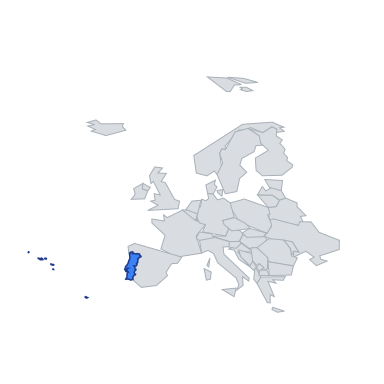 Portugal on a map of Europe (Robinson projection), rotated 8°
{"feature_id": "PRT", "entity_name": "Portugal", "entity_type": "country or territory", "adm_level": 0, "iso_a3": "PRT", "parent_name": "Europe", "parent_adm1": "", "projection": "robinson", "projection_center": [-13.235, 37.393], "detail": "fine", "context": "in_parent", "style": "filled", "palette": "blue", "viewbox_px": 384, "rotation_deg": 8, "n_neighbors": 37, "source": "natural_earth", "source_scale": "50m", "svg_char_len": 10405}
<svg xmlns="http://www.w3.org/2000/svg" viewBox="0 0 384 384"><g transform="rotate(8 192 192)"><path d="M191.2,75.9L210.5,74.3L226.1,78.7L219.0,80.3L215.8,87.4L212.0,87.6L191.2,75.9ZM274.9,119.1L266.9,121.4L267.2,118.1L262.1,116.3L253.9,123.4L240.6,120.0L237.0,124.5L230.1,123.8L218.4,141.7L219.2,145.3L215.5,145.2L214.0,149.9L218.3,164.8L214.4,171.2L211.3,168.1L204.5,174.0L193.6,172.6L188.7,155.6L232.7,117.9L261.7,111.7L273.9,115.0L269.9,116.2L274.9,119.1ZM241.9,74.3L229.9,76.9L211.2,73.4L227.3,72.3L241.9,74.3ZM238.0,83.2L231.8,84.9L225.8,83.9L227.5,82.9L225.1,81.6L231.2,80.7L238.0,83.2Z" fill="#d9dde1" stroke="#a8b0b8" stroke-width="1"/><path d="M185.1,211.2L209.8,222.5L202.3,234.8L210.0,251.2L185.9,258.6L169.1,252.7L171.4,238.7L156.6,228.2L156.0,224.3L168.7,224.5L167.0,218.5L171.1,220.8L185.1,211.2ZM217.0,262.7L218.9,254.9L219.1,263.8L217.0,262.7Z" fill="#d9dde1" stroke="#a8b0b8" stroke-width="1"/><path d="M214.4,171.2L218.4,159.0L214.0,149.9L215.5,145.2L219.2,145.3L226.4,126.4L238.8,121.2L250.7,126.8L254.9,135.9L249.0,137.2L247.8,143.5L236.7,151.8L235.6,158.7L243.5,164.9L237.3,171.9L236.3,185.3L225.2,189.1L214.4,171.2Z" fill="#d9dde1" stroke="#a8b0b8" stroke-width="1"/><path d="M285.6,185.0L297.4,188.1L298.1,191.9L308.1,199.6L302.8,201.1L306.2,206.2L302.2,210.3L272.5,209.0L269.6,196.7L277.5,194.7L279.7,187.8L285.6,185.0Z" fill="#d9dde1" stroke="#a8b0b8" stroke-width="1"/><path d="M328.6,240.6L335.4,241.6L325.3,247.6L317.9,242.4L322.1,239.5L312.8,234.9L301.5,242.5L301.0,236.4L306.0,236.5L298.2,227.4L282.4,229.4L269.8,225.7L275.5,215.0L272.5,209.0L276.4,207.3L302.2,210.3L302.7,206.5L314.0,205.0L323.4,214.2L344.7,219.4L345.8,228.5L327.5,237.3L328.6,240.6Z" fill="#d9dde1" stroke="#a8b0b8" stroke-width="1"/><path d="M269.6,196.7L272.3,203.1L270.1,204.2L275.6,213.6L272.1,222.5L242.9,215.0L231.9,201.6L231.4,197.5L244.7,191.7L269.6,196.7Z" fill="#d9dde1" stroke="#a8b0b8" stroke-width="1"/><path d="M248.3,227.3L245.3,235.1L239.6,236.4L216.9,232.8L231.5,230.9L233.3,223.3L245.7,223.8L248.3,227.3Z" fill="#d9dde1" stroke="#a8b0b8" stroke-width="1"/><path d="M269.8,225.7L273.0,228.6L267.3,237.0L256.7,240.0L246.0,234.2L248.3,227.3L269.8,225.7Z" fill="#d9dde1" stroke="#a8b0b8" stroke-width="1"/><path d="M289.3,226.8L298.2,227.4L306.0,236.5L301.0,236.4L299.4,241.5L297.4,234.4L289.3,226.8Z" fill="#d9dde1" stroke="#a8b0b8" stroke-width="1"/><path d="M299.4,241.5L305.5,242.5L302.7,251.1L277.9,250.5L264.0,238.1L274.6,227.5L289.3,226.8L297.4,234.4L299.4,241.5Z" fill="#d9dde1" stroke="#a8b0b8" stroke-width="1"/><path d="M279.7,187.8L277.5,194.7L269.6,196.7L257.2,185.7L272.0,183.9L279.7,187.8Z" fill="#d9dde1" stroke="#a8b0b8" stroke-width="1"/><path d="M280.2,178.3L285.6,185.0L279.7,187.8L272.0,183.9L257.2,185.7L260.9,176.8L265.0,180.7L271.1,175.7L280.2,178.3Z" fill="#d9dde1" stroke="#a8b0b8" stroke-width="1"/><path d="M280.0,168.0L280.2,178.3L268.0,176.6L262.3,169.5L280.0,168.0Z" fill="#d9dde1" stroke="#a8b0b8" stroke-width="1"/><path d="M231.4,197.5L237.5,211.4L226.5,215.9L233.3,223.3L231.5,230.9L208.0,230.0L209.8,222.5L203.6,221.5L200.5,216.6L199.2,207.5L202.5,205.5L202.7,197.8L207.0,198.7L209.4,196.1L207.6,191.1L213.3,191.0L218.2,196.2L224.2,193.7L231.4,197.5Z" fill="#d9dde1" stroke="#a8b0b8" stroke-width="1"/><path d="M276.3,248.3L277.9,250.5L302.7,251.1L301.9,260.4L280.2,264.0L276.3,248.3Z" fill="#d9dde1" stroke="#a8b0b8" stroke-width="1"/><path d="M300.1,297.1L293.3,299.2L287.5,297.2L288.0,294.9L300.1,297.1ZM272.0,266.7L296.2,262.8L294.5,266.8L284.2,267.6L287.8,270.6L279.7,269.9L288.0,284.2L283.7,282.7L284.9,290.9L281.9,291.0L269.1,273.4L272.0,266.7Z" fill="#d9dde1" stroke="#a8b0b8" stroke-width="1"/><path d="M272.0,266.7L269.1,273.4L265.3,269.9L264.8,256.7L272.0,266.7Z" fill="#d9dde1" stroke="#a8b0b8" stroke-width="1"/><path d="M247.8,236.0L261.2,242.8L245.7,245.1L259.3,257.8L247.8,252.2L241.8,243.7L236.3,243.4L247.8,236.0Z" fill="#d9dde1" stroke="#a8b0b8" stroke-width="1"/><path d="M217.1,230.6L221.1,236.1L208.2,239.9L202.5,237.3L204.9,230.5L217.1,230.6Z" fill="#d9dde1" stroke="#a8b0b8" stroke-width="1"/><path d="M199.4,216.8L201.5,220.1L199.3,219.8L199.4,216.8Z" fill="#d9dde1" stroke="#a8b0b8" stroke-width="1"/><path d="M200.6,213.0L199.3,219.8L185.1,211.2L195.2,209.5L200.6,213.0Z" fill="#d9dde1" stroke="#a8b0b8" stroke-width="1"/><path d="M202.0,198.9L200.6,213.0L188.4,210.2L193.2,201.0L202.0,198.9Z" fill="#d9dde1" stroke="#a8b0b8" stroke-width="1"/><path d="M145.5,287.2L145.0,273.3L149.7,263.8L141.3,258.9L137.9,261.1L136.2,254.8L142.3,250.9L190.9,257.9L187.5,264.6L181.8,265.8L177.5,275.1L179.4,278.2L169.7,289.6L155.1,293.5L145.5,287.2Z" fill="#d9dde1" stroke="#a8b0b8" stroke-width="1"/><path d="M148.1,196.9L146.0,205.4L132.8,207.7L136.1,202.2L133.8,196.8L142.2,190.3L142.4,195.9L148.1,196.9Z" fill="#d9dde1" stroke="#a8b0b8" stroke-width="1"/><path d="M221.2,233.9L235.9,236.0L237.2,240.9L230.4,242.1L232.3,249.1L260.6,269.4L260.6,272.3L253.8,268.9L255.6,277.3L250.1,282.8L251.3,277.0L247.6,271.0L227.3,258.5L222.0,250.0L216.0,247.6L210.0,251.2L206.2,238.8L221.2,233.9ZM235.5,284.4L249.1,281.0L248.2,289.8L235.5,284.4ZM214.6,266.1L222.2,268.6L222.3,275.8L218.5,277.3L214.6,266.1Z" fill="#d9dde1" stroke="#a8b0b8" stroke-width="1"/><path d="M213.3,191.0L207.6,191.1L204.7,183.1L213.6,177.0L213.0,181.3L216.0,183.5L213.3,191.0ZM222.2,185.3L222.2,192.0L217.5,189.1L216.6,187.0L222.2,185.3Z" fill="#d9dde1" stroke="#a8b0b8" stroke-width="1"/><path d="M148.1,196.9L142.4,195.9L142.2,190.3L150.1,193.3L148.1,196.9ZM160.9,199.3L152.3,186.9L150.2,189.4L147.6,181.8L151.6,172.4L159.5,172.3L155.6,177.9L164.0,177.2L160.0,186.0L164.2,186.3L175.8,201.8L180.9,202.8L180.6,210.5L150.7,216.4L160.2,209.8L152.4,206.8L156.6,205.2L154.8,198.9L160.9,199.3Z" fill="#d9dde1" stroke="#a8b0b8" stroke-width="1"/><path d="M114.6,133.8L113.8,136.8L117.9,140.0L98.9,148.1L83.7,145.8L87.5,143.6L79.6,141.2L86.2,138.8L78.6,137.7L86.9,134.0L92.4,137.2L114.6,133.8Z" fill="#d9dde1" stroke="#a8b0b8" stroke-width="1"/><path d="M235.9,236.0L246.0,234.2L247.8,236.0L243.3,241.7L236.3,241.4L235.9,236.0Z" fill="#d9dde1" stroke="#a8b0b8" stroke-width="1"/><path d="M267.2,118.1L267.6,124.7L274.2,127.9L272.1,131.4L278.3,136.8L277.3,140.9L281.9,144.6L281.4,147.8L288.1,151.2L287.6,153.7L278.8,162.9L259.6,166.1L252.5,161.8L250.0,149.6L261.8,140.1L253.1,134.0L250.7,126.8L238.8,121.2L253.9,123.4L262.1,116.3L267.2,118.1Z" fill="#d9dde1" stroke="#a8b0b8" stroke-width="1"/><path d="M271.2,222.2L269.0,226.3L252.4,229.3L247.6,225.5L253.8,220.0L271.2,222.2Z" fill="#d9dde1" stroke="#a8b0b8" stroke-width="1"/><path d="M237.5,211.4L248.8,215.4L255.1,220.0L236.7,225.0L228.2,219.7L226.5,215.9L237.5,211.4Z" fill="#d9dde1" stroke="#a8b0b8" stroke-width="1"/><path d="M259.6,256.9L249.3,249.3L246.3,242.9L261.4,244.9L262.8,251.9L259.6,256.9Z" fill="#d9dde1" stroke="#a8b0b8" stroke-width="1"/><path d="M276.8,258.7L280.2,264.0L270.0,265.4L269.8,260.1L276.8,258.7Z" fill="#d9dde1" stroke="#a8b0b8" stroke-width="1"/><path d="M258.1,239.2L264.0,238.1L276.2,246.4L277.4,257.9L273.3,259.1L269.0,253.5L267.0,256.0L261.8,252.1L258.1,239.2Z" fill="#d9dde1" stroke="#a8b0b8" stroke-width="1"/><path d="M266.3,257.2L263.8,261.1L259.3,257.8L261.8,252.1L266.3,257.2Z" fill="#d9dde1" stroke="#a8b0b8" stroke-width="1"/><path d="M269.2,261.2L266.3,257.2L268.3,253.8L273.8,256.7L269.2,261.2Z" fill="#d9dde1" stroke="#a8b0b8" stroke-width="1"/><path d="M139.0,260.8L139.4,260.4L139.8,260.1L140.1,260.1L141.0,259.8L141.3,259.7L141.5,259.7L141.5,259.8L141.7,260.1L141.8,260.2L141.9,260.3L141.5,260.8L141.5,261.0L141.7,261.3L141.8,261.5L142.1,261.4L142.5,261.2L142.8,261.1L143.8,261.0L144.1,261.1L144.6,261.3L145.1,261.3L145.7,261.2L146.0,261.0L146.0,260.8L146.0,260.7L146.5,260.6L146.8,260.7L147.5,260.7L147.9,260.7L148.2,260.8L148.6,260.7L148.8,260.9L148.9,261.1L148.9,261.6L148.9,262.0L149.0,262.2L149.2,262.3L149.6,262.3L150.0,262.4L150.3,262.6L150.4,262.8L150.5,263.0L150.3,263.1L150.1,263.4L149.6,263.8L148.9,264.2L148.4,264.7L148.0,265.3L147.6,265.5L147.4,265.7L147.4,265.8L147.7,266.5L147.8,267.1L147.9,267.8L147.9,268.7L147.8,268.9L147.8,269.1L147.9,269.3L148.0,269.4L147.8,269.7L147.4,269.9L147.1,270.2L147.0,270.4L147.1,270.5L147.6,271.0L147.6,271.7L147.3,272.4L147.1,272.9L146.7,273.1L145.2,273.1L144.8,273.2L144.9,273.3L145.3,273.9L145.6,274.2L145.8,274.2L145.9,274.9L146.5,276.1L147.1,276.2L147.3,276.5L147.3,276.9L147.1,277.3L146.8,277.7L146.4,278.1L146.1,278.4L146.1,278.7L146.0,279.2L145.9,279.5L145.8,279.8L147.0,281.3L147.5,281.2L147.5,281.6L147.3,282.0L147.1,282.1L146.6,282.2L146.1,282.8L145.8,283.5L145.5,283.8L145.2,284.6L145.3,284.9L145.4,285.4L145.7,286.8L145.3,286.8L143.8,287.7L143.3,287.7L142.4,287.3L140.8,287.2L140.3,287.1L139.7,287.4L139.2,287.3L138.8,287.7L138.5,287.6L138.8,286.9L139.3,285.4L139.3,284.5L139.4,283.7L139.2,283.0L139.0,282.5L139.3,281.3L139.2,280.6L138.9,279.8L139.9,280.0L139.6,279.6L139.3,279.4L139.0,279.5L138.8,279.5L137.9,279.8L137.5,279.9L137.4,279.8L137.5,279.3L137.2,278.7L137.6,278.5L137.9,278.5L138.3,278.2L138.4,277.9L138.3,277.3L138.6,276.8L139.3,276.4L138.9,276.4L138.5,276.7L137.9,277.7L137.7,278.2L137.2,278.4L136.7,278.5L136.5,278.4L136.2,278.3L136.2,277.9L136.2,277.6L136.4,277.0L136.5,276.2L136.7,275.4L136.7,275.2L136.6,274.9L136.9,274.7L137.2,274.5L137.6,273.8L138.2,272.3L139.0,270.7L138.9,270.5L138.7,270.3L138.8,269.9L139.2,268.0L139.4,267.8L139.6,267.2L139.6,266.3L139.7,265.7L139.6,265.4L139.6,265.0L139.3,264.3L138.9,262.8L138.9,262.3L139.1,262.1L138.7,262.0L138.6,261.7L138.6,261.3L139.0,260.8ZM63.1,283.2L63.4,283.2L64.8,283.1L65.2,283.2L65.2,283.6L64.9,283.7L64.0,283.8L62.7,283.6L62.3,283.2L62.2,283.0L62.2,282.9L62.5,282.8L63.1,283.2ZM101.0,310.5L101.6,310.8L102.2,310.6L102.9,311.0L103.3,311.1L103.0,311.3L102.6,311.7L101.8,311.6L101.1,311.3L100.8,311.0L100.8,310.8L101.0,310.5ZM52.0,279.8L52.4,280.0L51.8,280.1L51.6,280.2L51.1,280.0L50.6,280.0L50.3,279.7L50.2,279.4L50.4,279.2L50.9,279.2L52.0,279.8ZM56.9,278.8L55.9,278.7L55.6,278.5L55.5,278.1L56.1,277.9L56.7,277.9L57.1,278.2L57.0,278.6L56.9,278.8ZM53.7,279.2L53.5,279.3L52.3,278.9L51.9,278.7L51.3,278.2L52.9,278.8L53.7,279.2ZM38.9,274.6L38.6,274.8L38.3,274.7L38.2,274.6L38.3,274.1L38.6,273.9L38.9,274.2L38.9,274.6ZM49.8,279.4L49.3,279.4L48.9,279.0L49.6,278.8L49.8,278.9L49.9,279.1L50.0,279.3L49.8,279.4ZM65.7,288.0L65.4,288.0L65.1,288.1L64.9,287.8L65.1,287.7L65.5,287.6L65.6,287.8L65.7,288.0Z" fill="#3b82f6" stroke="#1e3a8a" stroke-width="1.5"/></g></svg>